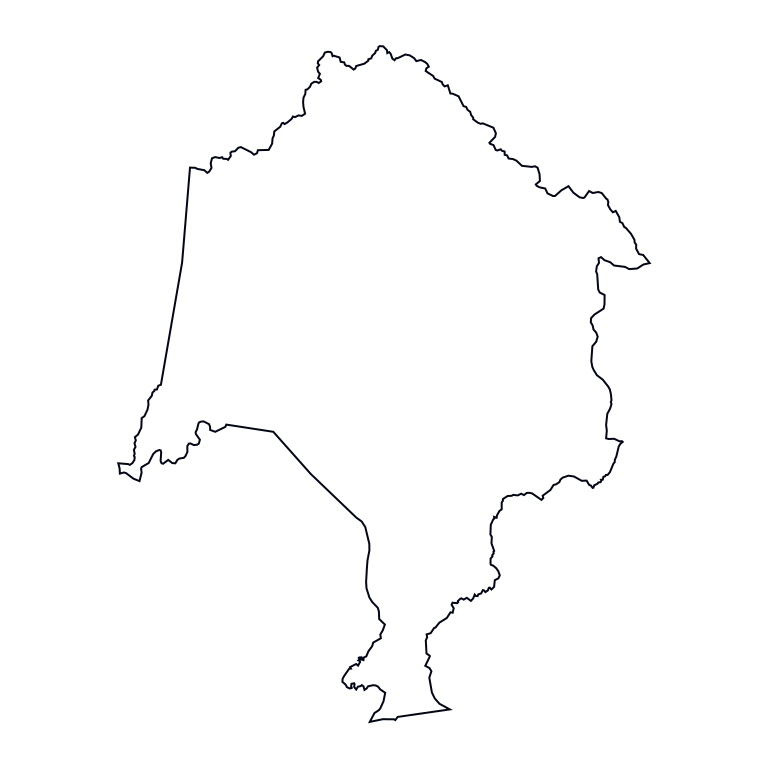 Thma Bang, Kaôh Kong, Cambodia (Robinson projection)
{"feature_id": "14789045B69195148792463", "entity_name": "Thma Bang", "entity_type": "district", "adm_level": 2, "iso_a3": "KHM", "parent_name": "Cambodia", "parent_adm1": "Kaôh Kong", "projection": "robinson", "projection_center": [103.537, 11.691], "detail": "fine", "context": "isolated", "style": "outline", "palette": "ink", "viewbox_px": 768, "rotation_deg": 0, "n_neighbors": 0, "source": "geoboundaries", "source_scale": "gbopen_adm2", "svg_char_len": 6055}
<svg xmlns="http://www.w3.org/2000/svg" viewBox="0 0 768 768"><path d="M649.7,263.1L643.2,255.0L639.0,254.1L636.1,248.6L636.2,244.6L634.7,242.6L634.4,239.7L631.0,233.8L625.7,227.7L624.3,227.1L622.4,223.1L619.9,221.8L619.3,217.3L615.7,210.9L612.9,212.3L610.4,209.5L608.0,205.2L608.3,201.9L607.4,199.4L606.3,198.8L601.8,193.1L598.4,192.0L592.7,193.0L589.1,191.0L584.5,197.5L583.1,198.0L579.6,197.3L573.4,192.7L568.5,186.2L561.4,190.3L555.0,196.0L553.0,196.0L547.5,193.4L545.2,188.5L539.5,187.3L536.7,185.8L535.8,184.4L539.9,181.0L539.6,174.4L537.6,167.7L535.0,166.3L531.7,166.9L521.9,165.8L516.5,160.7L513.1,159.1L508.6,158.5L507.1,155.4L504.7,154.8L504.6,151.5L501.8,150.7L500.7,149.3L497.3,150.5L495.7,149.9L493.5,145.1L489.9,143.7L489.4,142.8L495.1,136.9L495.9,133.3L493.4,127.7L482.9,123.4L480.6,123.8L477.9,122.7L473.2,119.3L473.2,117.7L471.1,115.0L470.2,111.8L467.5,109.8L466.2,107.0L463.5,106.1L458.6,96.3L452.7,93.7L450.4,93.5L447.8,85.3L444.7,86.4L442.8,84.6L441.8,82.0L434.6,78.6L433.2,76.0L425.7,71.0L426.4,68.3L428.8,66.7L427.2,63.8L425.0,62.0L421.0,60.0L416.3,61.1L414.2,58.2L409.8,55.4L405.4,54.5L397.6,58.2L396.1,58.2L394.5,60.2L392.4,58.6L390.6,53.7L389.2,52.1L387.3,53.1L387.0,50.3L383.3,46.4L379.9,46.1L378.5,46.9L377.8,49.8L375.9,50.8L375.1,53.1L372.3,55.6L371.2,58.4L368.4,59.2L368.3,60.7L364.3,63.7L356.2,66.0L355.3,68.5L353.7,69.6L349.1,65.9L346.5,65.9L344.9,64.6L344.3,62.4L340.7,61.8L339.6,57.5L333.7,55.7L332.6,56.2L331.6,53.0L330.5,52.0L327.6,51.8L324.8,52.6L323.2,56.2L318.0,61.4L317.8,63.4L319.2,65.0L317.1,67.7L318.1,71.7L319.9,73.8L318.2,78.1L320.7,79.7L321.2,81.3L318.7,83.0L316.8,81.9L314.1,81.9L311.3,83.7L310.0,86.8L307.4,89.4L305.6,89.8L305.3,94.0L303.5,97.6L303.1,102.3L303.5,107.0L305.1,113.7L301.8,115.9L298.5,115.4L295.1,117.1L292.9,116.5L291.6,118.9L287.3,122.5L284.6,124.1L283.3,122.9L281.9,123.3L280.2,126.8L274.3,131.4L273.9,135.5L272.6,138.2L272.1,143.7L268.7,149.9L257.9,150.2L257.0,153.2L254.0,154.7L251.1,152.2L240.9,147.1L238.4,147.7L235.0,151.2L231.6,151.7L230.4,152.8L230.8,156.0L228.1,159.8L226.8,158.9L223.3,158.8L222.1,157.2L219.7,158.0L215.0,157.1L212.0,158.3L210.7,163.3L211.5,167.9L209.2,171.6L207.3,172.9L204.3,170.2L197.3,168.9L195.2,167.8L190.0,167.6L182.1,262.6L160.9,384.8L158.3,385.7L156.9,389.5L154.6,389.7L154.2,391.1L152.5,392.5L151.8,395.8L148.1,400.5L148.5,404.6L147.5,409.6L144.5,416.1L141.7,418.1L141.3,427.6L138.0,434.6L134.9,437.1L135.8,440.4L134.5,443.3L135.5,446.8L133.9,449.9L134.7,453.8L133.9,455.8L134.7,457.0L134.4,460.0L132.4,463.1L129.9,464.9L128.2,464.1L118.3,463.3L119.6,468.4L119.9,473.6L123.8,472.5L125.9,473.0L133.5,478.7L139.5,481.1L141.6,472.7L141.1,468.6L141.7,467.1L148.7,463.0L153.2,454.0L155.9,451.4L159.2,450.0L160.6,450.3L161.2,452.3L160.6,461.0L161.6,463.3L163.2,463.7L168.2,459.9L172.3,463.1L175.3,463.3L177.3,460.0L179.2,458.6L183.9,457.8L185.5,456.0L187.4,452.0L187.3,446.1L188.8,443.7L190.4,443.4L193.9,445.1L197.2,444.7L198.8,443.6L199.9,439.7L195.9,434.1L195.6,432.2L197.0,429.5L198.4,423.7L199.1,422.4L201.1,421.6L203.6,421.4L209.1,424.2L210.1,427.0L210.1,429.9L215.2,431.8L225.3,426.9L226.3,424.6L273.3,431.8L310.8,474.0L356.3,517.6L361.7,521.5L365.3,527.1L369.3,543.8L369.4,550.4L367.5,560.3L366.9,568.1L366.1,581.8L366.5,588.3L369.4,597.5L372.3,602.1L377.8,607.8L378.9,611.5L379.2,619.1L384.9,624.5L382.8,630.3L380.3,634.5L380.9,638.2L373.2,642.6L372.2,646.1L368.4,651.3L366.3,656.4L363.7,657.6L363.4,660.1L361.4,659.5L362.0,658.9L361.5,657.3L359.1,657.5L358.8,657.9L359.9,658.7L358.4,660.4L359.7,660.8L360.1,661.9L358.1,665.6L356.1,664.0L350.1,667.1L350.9,668.6L349.2,668.7L344.0,676.2L342.6,678.8L342.4,681.8L345.6,684.6L346.9,687.1L349.7,688.5L351.1,687.8L352.1,688.6L351.1,686.2L351.5,683.8L354.2,683.3L354.6,684.2L354.1,686.9L356.2,689.5L357.9,686.7L360.7,686.1L361.8,685.1L363.5,686.4L364.5,689.9L366.6,688.5L368.1,686.3L373.1,685.2L375.8,685.5L378.1,686.7L380.2,689.4L385.2,692.8L383.5,701.3L380.3,708.4L378.8,710.2L374.5,713.0L369.8,721.9L382.8,719.2L394.0,719.3L395.3,720.1L397.7,716.9L449.8,709.4L439.5,703.8L434.8,698.5L431.9,692.5L429.3,677.6L431.4,671.3L429.5,668.1L425.3,665.8L429.8,656.5L429.7,655.7L426.5,653.5L425.8,640.5L427.2,637.1L426.6,634.4L430.6,633.2L434.2,627.9L435.4,627.6L439.4,622.6L446.8,618.0L450.5,612.3L452.7,612.7L453.7,608.2L451.6,604.8L452.5,602.7L457.2,603.2L458.1,602.2L457.8,601.2L460.3,598.7L461.5,598.4L463.7,599.6L466.8,597.8L470.9,600.9L473.2,598.4L474.7,594.6L475.9,596.0L477.6,596.1L478.4,594.3L481.1,593.5L482.9,590.1L484.2,590.5L485.4,592.1L487.8,590.5L488.8,587.9L489.7,587.6L491.4,589.5L494.1,586.9L494.8,580.2L498.3,578.4L499.8,575.4L498.3,571.2L496.2,568.2L493.3,565.7L491.0,564.9L490.5,563.6L490.6,558.5L492.4,556.6L492.2,555.2L493.7,553.5L493.4,551.9L494.2,551.0L491.5,543.4L491.8,536.9L490.4,534.5L490.8,524.7L493.3,519.3L494.4,518.5L494.1,516.9L496.6,517.7L497.0,515.3L499.4,511.0L501.7,509.3L501.7,502.5L502.9,500.8L502.9,499.0L507.7,496.0L511.7,495.8L513.3,494.9L517.8,495.4L521.2,493.7L524.0,495.1L526.6,493.0L529.2,492.8L532.1,493.4L541.5,499.9L543.3,498.0L542.7,495.7L550.4,490.0L553.6,484.9L555.7,484.5L559.3,482.2L560.4,479.7L562.5,477.7L568.4,475.7L574.0,476.5L581.7,480.8L586.6,480.6L589.1,484.8L590.8,485.5L592.6,487.9L593.4,487.7L594.2,485.3L597.4,483.8L598.3,482.5L600.5,482.2L601.4,480.7L601.0,479.8L602.8,479.6L603.4,476.8L605.1,476.3L605.9,475.0L607.6,474.9L609.9,472.2L613.4,463.7L614.7,462.2L614.8,459.9L616.3,456.6L618.7,446.6L620.3,443.9L622.7,441.9L622.0,441.2L619.5,441.3L614.2,438.8L608.6,439.0L606.1,438.3L606.8,430.7L606.1,425.0L607.3,413.8L610.2,408.4L611.5,404.0L610.8,402.1L611.5,400.3L610.9,394.2L609.9,389.6L608.1,386.4L602.8,379.7L597.0,375.3L593.8,370.2L592.3,366.9L591.3,361.2L592.4,346.2L596.2,341.7L597.7,336.7L596.2,332.6L593.5,329.5L592.6,325.3L590.8,322.4L591.1,318.1L594.5,314.5L603.6,308.6L604.5,304.4L604.6,295.0L599.7,292.5L598.2,289.5L597.2,274.2L596.1,271.6L596.8,266.3L599.0,262.9L598.5,258.3L601.0,257.1L604.5,260.2L610.2,262.2L614.0,265.5L625.1,266.9L629.2,269.1L637.2,268.5L643.4,264.5L649.7,263.1Z" fill="none" stroke="#020617" stroke-width="2"/></svg>